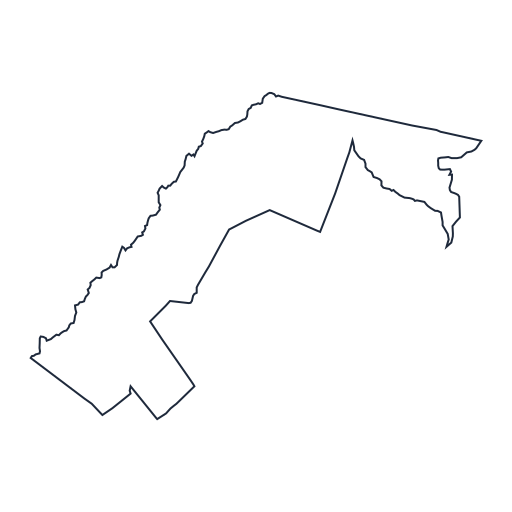 outline of Itaipava do Grajaú, Maranhão, Brazil
{"feature_id": "56859067B17449288962425", "entity_name": "Itaipava do Grajaú", "entity_type": "district", "adm_level": 2, "iso_a3": "BRA", "parent_name": "Brazil", "parent_adm1": "Maranhão", "projection": "robinson", "projection_center": [-45.67, -5.218], "detail": "fine", "context": "isolated", "style": "outline", "palette": "slate", "viewbox_px": 512, "rotation_deg": 0, "n_neighbors": 0, "source": "geoboundaries", "source_scale": "gbopen_adm2", "svg_char_len": 3737}
<svg xmlns="http://www.w3.org/2000/svg" viewBox="0 0 512 512"><path d="M74.5,320.0L73.6,323.0L70.8,323.5L69.3,325.4L68.8,327.3L66.5,330.5L64.1,331.1L62.4,332.1L60.7,333.3L58.9,335.2L56.4,334.7L52.7,337.5L50.9,339.1L48.5,340.0L46.7,340.7L46.0,338.3L43.4,336.9L40.7,336.5L39.8,338.3L39.7,343.4L39.5,348.0L40.0,351.3L39.5,353.4L35.7,354.4L33.8,355.8L31.9,356.1L30.7,358.0L84.6,398.7L91.8,403.8L96.6,408.9L99.9,412.4L102.4,415.0L112.4,408.2L128.0,395.7L130.6,393.6L129.7,390.7L130.6,386.3L155.8,417.5L157.2,419.1L166.1,413.4L168.5,410.7L170.5,408.5L173.8,405.8L176.4,403.8L194.4,386.3L193.4,384.5L190.3,379.9L162.3,339.7L158.5,334.0L150.1,321.4L165.8,305.7L170.0,301.0L188.7,303.1L190.6,302.8L191.9,300.9L193.1,295.8L194.3,294.0L196.7,292.8L196.7,287.4L198.0,284.8L205.4,272.2L208.9,266.5L220.1,245.7L229.1,229.5L231.3,228.4L245.9,220.8L269.7,210.1L317.1,230.7L320.1,231.9L335.1,193.6L347.5,157.5L349.3,152.5L352.5,140.4L353.0,142.3L354.0,146.8L354.3,150.3L358.5,156.3L360.6,158.4L364.1,159.9L365.5,163.7L365.5,167.1L367.8,170.1L369.7,171.1L371.7,172.4L372.8,175.1L373.6,177.0L376.9,178.0L379.6,179.3L381.5,181.3L381.4,185.4L383.4,187.7L386.6,188.5L389.6,189.0L391.7,190.8L393.5,190.0L395.4,191.9L397.8,193.6L399.5,195.1L402.1,196.4L404.5,197.6L407.6,197.9L409.7,198.1L411.8,198.7L413.6,199.4L414.9,200.9L417.0,200.4L424.4,201.9L426.6,204.7L428.0,206.1L430.7,208.1L435.1,210.8L437.6,210.9L441.0,212.5L441.4,215.2L441.8,217.5L442.6,222.0L442.6,225.4L444.3,228.2L447.7,233.9L448.7,239.5L447.5,243.3L446.5,246.8L451.3,242.6L452.8,236.5L452.9,233.3L452.5,226.1L456.1,221.6L459.9,217.5L459.2,196.7L458.0,194.9L456.2,193.9L454.3,193.1L451.1,192.0L449.9,190.1L449.5,187.6L451.9,179.7L452.0,174.6L449.4,174.8L451.1,171.6L449.9,169.1L444.2,169.7L440.2,169.6L438.8,168.3L438.2,165.7L438.2,162.8L438.0,160.5L438.4,158.4L440.8,157.7L444.9,157.4L448.3,157.0L451.5,158.1L457.2,158.1L461.2,157.3L466.8,152.4L471.4,151.5L474.5,149.8L476.2,148.3L481.3,140.8L442.6,132.2L440.6,131.8L436.5,130.0L412.1,125.5L347.5,111.3L338.4,109.3L320.7,105.3L281.8,96.8L278.2,95.6L276.0,96.5L274.3,94.2L271.5,93.0L269.5,92.9L267.8,93.8L266.3,95.1L264.6,96.1L262.8,98.7L262.2,102.8L260.0,104.0L258.2,103.3L256.0,104.3L253.5,104.8L251.8,105.4L250.7,107.9L248.7,109.0L247.5,111.3L247.3,114.5L246.9,116.6L245.4,119.0L242.9,119.7L240.5,121.2L238.0,122.5L234.9,123.0L232.2,125.4L230.3,126.6L228.7,129.2L226.6,129.8L224.5,129.6L221.4,130.1L218.9,131.2L216.3,131.9L213.1,133.0L210.1,132.1L208.5,131.1L206.8,132.4L204.8,133.7L204.3,136.1L203.3,138.9L202.0,141.6L202.7,143.5L200.8,146.1L198.8,146.7L198.2,148.9L196.7,150.7L195.9,152.7L194.5,156.2L193.4,154.5L191.5,155.8L189.0,153.7L186.4,155.9L185.6,159.2L184.8,161.6L184.6,165.4L183.7,167.6L182.1,169.7L180.3,172.0L179.5,173.9L178.2,176.9L176.8,179.7L175.9,181.5L173.8,181.8L171.6,183.9L170.2,185.7L168.3,185.7L167.3,187.3L165.9,188.6L163.7,187.5L162.1,186.0L159.6,188.6L158.8,190.5L157.6,192.8L158.7,195.3L158.7,199.0L158.7,202.3L160.4,205.1L159.3,207.6L159.8,209.7L157.7,212.3L156.0,214.7L152.7,215.6L150.5,215.8L148.7,218.3L148.0,220.5L147.4,222.9L147.1,225.1L145.0,226.0L145.4,228.5L143.9,231.4L142.2,232.4L142.9,234.8L141.3,235.8L137.7,236.5L135.8,239.3L134.7,240.9L133.2,242.8L131.0,244.7L131.5,246.9L129.5,247.3L127.1,248.3L125.5,250.4L124.0,247.9L122.3,246.7L120.8,250.5L119.4,254.3L118.8,256.8L117.5,260.7L117.1,262.8L117.0,265.0L114.6,267.3L112.5,267.3L111.0,265.0L109.6,267.6L106.5,269.5L103.2,270.9L101.6,272.5L101.7,275.1L101.3,277.4L99.7,278.1L96.3,277.6L94.3,279.5L92.5,280.9L90.4,282.7L90.7,285.1L89.5,287.9L87.7,289.5L88.8,293.0L87.3,295.2L85.9,296.5L84.8,299.0L84.1,301.3L81.9,302.1L79.8,302.3L78.1,304.6L75.0,305.4L75.4,309.2L76.3,312.5L75.0,315.9L74.5,320.0Z" fill="none" stroke="#1e293b" stroke-width="2"/></svg>